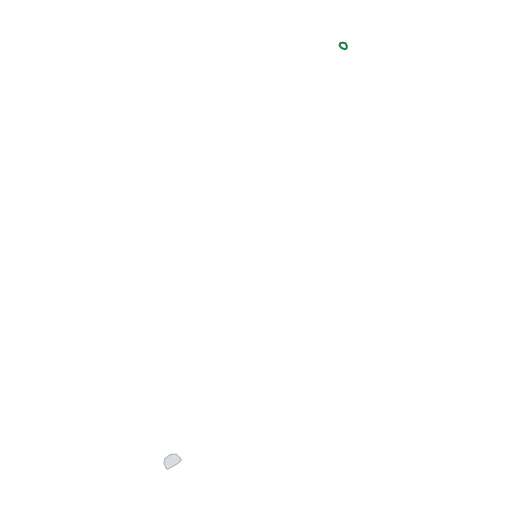 location of Mauke within Cook Islands, rotated 319°
{"feature_id": "COK-4955", "entity_name": "Mauke", "entity_type": "state/province", "adm_level": 1, "iso_a3": "COK", "parent_name": "Cook Islands", "parent_adm1": "", "projection": "robinson", "projection_center": [-157.33, -20.158], "detail": "fine", "context": "in_parent", "style": "outline", "palette": "green", "viewbox_px": 512, "rotation_deg": 319, "n_neighbors": 0, "source": "natural_earth", "source_scale": "10m", "svg_char_len": 457}
<svg xmlns="http://www.w3.org/2000/svg" viewBox="0 0 512 512"><g transform="rotate(319 256 256)"><path d="M65.6,361.1L60.4,361.2L53.7,359.8L49.4,359.0L48.9,357.3L50.6,351.9L54.1,349.2L61.0,349.6L65.8,353.3L66.2,359.5L65.6,361.1Z" fill="#d9dde1" stroke="#a8b0b8" stroke-width="1"/><path d="M463.1,154.2L462.2,157.3L460.5,158.7L458.6,158.1L457.1,155.2L457.1,152.0L458.9,150.8L461.2,151.6L463.1,154.2Z" fill="none" stroke="#15803d" stroke-width="2"/></g></svg>